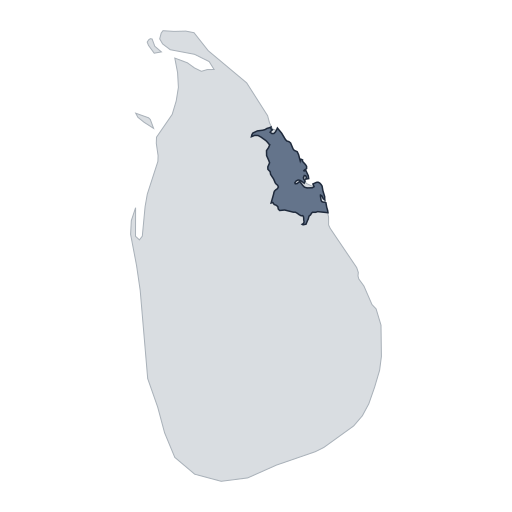 Trikuṇāmalaya highlighted on a map of Sri Lanka
{"feature_id": "LKA-2454", "entity_name": "Trikuṇāmalaya", "entity_type": "District", "adm_level": 1, "iso_a3": "LKA", "parent_name": "Sri Lanka", "parent_adm1": "", "projection": "albers", "projection_center": [81.128, 8.569], "detail": "fine", "context": "in_parent", "style": "filled", "palette": "slate", "viewbox_px": 512, "rotation_deg": 0, "n_neighbors": 0, "source": "natural_earth", "source_scale": "10m", "svg_char_len": 3178}
<svg xmlns="http://www.w3.org/2000/svg" viewBox="0 0 512 512"><path d="M163.0,30.7L174.0,31.4L185.8,31.1L194.0,32.7L208.2,50.7L246.7,82.9L267.6,115.7L269.5,122.8L272.5,129.0L277.5,130.7L281.7,133.5L302.7,165.1L305.2,171.3L304.8,178.2L306.0,183.3L311.5,185.9L318.4,187.2L322.9,192.0L328.6,217.2L328.6,225.0L330.2,228.4L356.7,267.6L358.3,272.4L358.0,276.0L358.8,279.0L363.9,286.0L372.0,304.6L376.1,308.9L381.0,325.2L381.4,356.4L379.6,370.3L374.6,387.2L368.8,403.8L362.4,415.7L353.7,425.9L323.9,447.4L315.3,451.7L276.4,465.1L247.7,477.9L221.2,481.3L194.7,474.2L174.8,457.4L164.6,432.8L157.7,407.1L147.7,378.6L140.2,290.4L136.6,265.8L130.6,234.3L131.3,220.7L135.6,207.7L135.5,236.3L139.4,239.9L142.3,236.2L145.1,206.6L147.3,194.1L157.9,161.4L158.1,155.7L156.3,143.4L156.5,137.2L172.2,114.4L176.2,101.0L178.4,87.4L177.6,72.7L174.8,58.1L187.4,62.8L194.4,67.9L201.4,71.3L207.2,69.6L214.1,69.5L209.2,61.6L194.5,54.3L170.2,49.7L162.6,43.9L159.7,38.9L161.2,33.1L163.0,30.7ZM150.3,119.5L153.6,128.4L144.1,122.3L137.9,117.3L135.7,113.2L148.6,117.8L150.3,119.5ZM161.4,51.9L154.2,53.2L148.5,45.4L147.2,42.1L148.7,39.8L150.3,38.7L152.1,39.0L154.8,46.3L161.4,51.9Z" fill="#d9dde1" stroke="#a8b0b8" stroke-width="1"/><path d="M271.0,127.0L271.0,128.8L272.4,129.8L271.2,130.9L270.1,132.2L271.9,133.6L273.9,133.5L275.4,132.0L276.6,129.9L277.4,128.0L281.6,133.1L285.3,139.4L286.8,141.0L288.9,141.6L290.6,143.0L293.1,149.0L293.7,149.7L294.3,150.4L297.2,151.7L298.6,154.7L300.2,160.8L300.5,159.7L300.9,159.2L301.5,159.4L302.6,160.0L302.3,161.1L305.5,164.6L306.6,166.4L306.6,168.5L305.7,169.3L304.5,169.9L303.4,171.2L303.5,171.1L304.3,170.9L305.2,170.7L305.4,170.6L305.8,170.4L308.3,175.8L308.7,178.6L305.8,179.1L306.4,177.2L305.6,175.7L304.3,175.5L303.4,177.5L303.7,179.1L304.6,180.2L305.0,181.4L304.2,183.2L303.5,182.6L302.2,181.7L300.2,180.4L298.2,180.0L296.3,180.8L294.8,182.8L295.3,183.8L297.1,183.6L299.5,181.6L301.2,183.3L302.7,185.4L304.5,187.2L307.0,187.9L312.3,187.8L314.1,186.7L312.9,184.0L315.9,182.6L317.1,182.2L318.4,182.3L319.8,183.1L321.1,184.5L322.1,186.1L322.9,190.7L324.7,196.7L324.7,198.3L324.8,199.9L323.3,198.8L321.8,195.8L320.5,195.1L320.4,195.9L321.0,199.7L321.0,200.0L321.6,201.5L322.4,201.8L323.1,202.2L324.7,202.2L325.9,202.7L326.7,207.2L327.6,210.3L327.7,210.8L328.0,212.7L317.6,211.6L315.7,212.3L313.9,212.3L312.4,212.3L311.4,213.4L310.6,214.8L309.8,215.5L309.0,216.2L308.2,219.2L307.6,220.3L306.0,224.2L303.1,224.8L302.6,224.6L302.1,224.3L303.4,223.5L304.1,222.0L303.7,219.8L303.7,218.3L303.5,216.8L302.7,215.6L301.2,215.8L299.2,214.7L297.3,213.3L295.4,212.2L293.4,212.2L284.6,210.0L279.7,210.5L278.3,209.1L277.8,206.6L276.1,205.2L274.2,204.5L272.8,202.5L271.1,203.0L273.6,194.1L273.9,192.6L274.4,191.2L275.8,189.8L277.4,188.7L278.4,187.0L277.6,185.2L276.3,184.2L275.2,182.8L273.6,179.0L270.6,174.4L270.1,171.6L268.9,170.4L267.9,169.3L267.8,166.9L269.6,162.8L268.7,160.3L266.6,155.6L266.5,150.6L268.5,147.7L269.8,144.7L268.7,143.9L267.8,142.6L266.0,140.7L261.0,137.1L258.1,135.5L254.7,135.4L251.4,136.7L251.9,134.7L252.9,133.0L257.4,130.9L262.8,130.2L265.0,129.6L267.0,128.4L269.2,127.8L271.0,127.0L271.0,127.0Z" fill="#64748b" stroke="#1e293b" stroke-width="1.5"/></svg>